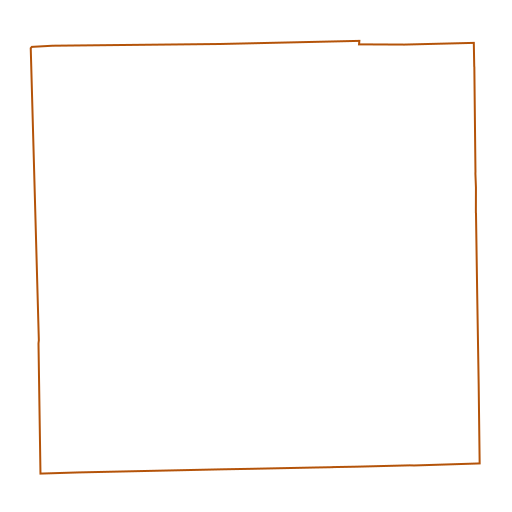 Crook, Wyoming, United States of America, rotated 89°
{"feature_id": "52423323B12939098407835", "entity_name": "Crook", "entity_type": "district", "adm_level": 2, "iso_a3": "USA", "parent_name": "United States of America", "parent_adm1": "Wyoming", "projection": "equal_earth", "projection_center": [-104.544, 44.588], "detail": "fine", "context": "isolated", "style": "outline", "palette": "amber", "viewbox_px": 512, "rotation_deg": 89, "n_neighbors": 0, "source": "geoboundaries", "source_scale": "gbopen_adm2", "svg_char_len": 603}
<svg xmlns="http://www.w3.org/2000/svg" viewBox="0 0 512 512"><g transform="rotate(89 256 256)"><path d="M46.7,34.5L47.2,103.7L46.2,149.3L42.7,148.9L43.4,288.2L42.2,455.7L43.0,476.5L44.3,477.6L336.5,474.6L339.6,475.0L469.8,475.3L469.3,437.8L468.7,293.5L468.7,279.7L468.7,264.8L468.5,200.2L468.5,198.8L468.5,195.3L468.5,182.9L468.4,182.8L468.4,159.0L468.4,158.9L468.0,105.9L468.2,101.6L467.3,36.0L387.9,35.6L297.1,35.5L296.9,35.5L217.1,35.3L216.5,35.4L191.3,34.9L177.4,35.2L175.3,35.1L70.8,34.4L70.3,34.5L67.9,34.5L62.5,34.5L62.4,34.5L46.7,34.5Z" fill="none" stroke="#b45309" stroke-width="2"/></g></svg>